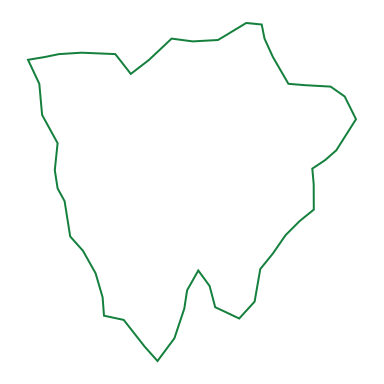 Agirda, Cyprus
{"feature_id": "46923920B19762948788890", "entity_name": "Agirda", "entity_type": "district", "adm_level": 2, "iso_a3": "CYP", "parent_name": "Cyprus", "parent_adm1": "", "projection": "albers", "projection_center": [33.277, 35.289], "detail": "fine", "context": "isolated", "style": "outline", "palette": "green", "viewbox_px": 384, "rotation_deg": 0, "n_neighbors": 0, "source": "geoboundaries", "source_scale": "gbopen_adm2", "svg_char_len": 707}
<svg xmlns="http://www.w3.org/2000/svg" viewBox="0 0 384 384"><path d="M104.0,315.7L123.7,319.9L144.8,346.8L157.5,361.0L174.4,338.3L184.3,308.6L187.1,290.3L198.3,270.5L209.6,286.0L215.2,307.2L239.2,318.5L254.6,301.6L260.3,269.0L272.9,253.5L285.6,235.1L299.7,221.0L313.8,209.6L313.7,184.2L312.3,168.6L325.0,160.2L336.3,150.3L356.0,119.2L344.7,96.5L330.6,86.6L305.3,85.2L288.4,83.8L272.9,57.0L264.5,38.6L261.7,24.5L246.2,23.0L218.0,40.0L192.7,41.4L171.6,38.6L149.1,59.8L130.8,73.9L115.3,54.1L81.5,52.7L59.0,54.1L44.9,57.0L28.0,59.8L39.3,83.8L42.1,114.9L57.6,143.2L54.8,170.1L57.6,188.4L64.6,201.2L70.2,236.5L82.9,250.7L95.6,273.3L102.6,297.3L104.0,315.7Z" fill="none" stroke="#15803d" stroke-width="2"/></svg>